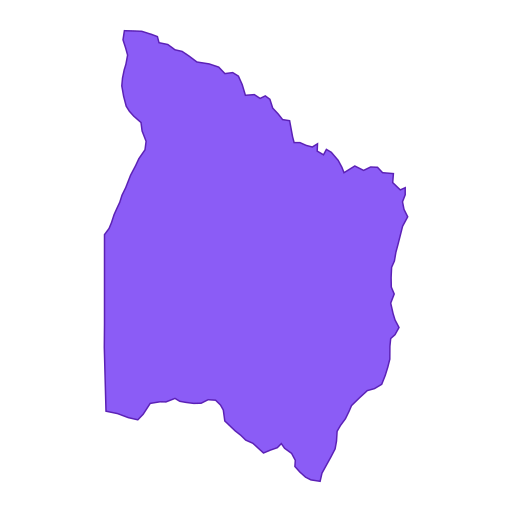 Santa Fé, Paraná, Brazil
{"feature_id": "56859067B25565622944484", "entity_name": "Santa Fé", "entity_type": "district", "adm_level": 2, "iso_a3": "BRA", "parent_name": "Brazil", "parent_adm1": "Paraná", "projection": "mercator", "projection_center": [-51.832, -23.059], "detail": "fine", "context": "isolated", "style": "filled", "palette": "violet", "viewbox_px": 512, "rotation_deg": 0, "n_neighbors": 0, "source": "geoboundaries", "source_scale": "gbopen_adm2", "svg_char_len": 1902}
<svg xmlns="http://www.w3.org/2000/svg" viewBox="0 0 512 512"><path d="M193.7,403.4L201.2,403.2L208.1,399.7L215.6,400.2L220.5,405.0L223.3,410.0L224.8,421.0L235.3,431.0L240.7,435.2L245.7,440.1L252.9,443.3L263.5,453.0L270.1,450.2L277.3,447.7L281.3,443.6L284.6,448.3L291.6,453.4L295.3,460.3L294.9,466.5L299.9,472.1L305.6,477.2L310.9,479.9L320.1,481.3L322.0,473.1L331.0,456.8L335.1,448.9L336.5,441.1L337.1,431.3L340.5,425.4L345.4,418.8L349.1,411.2L351.5,405.6L359.8,397.5L367.3,390.6L374.5,388.6L381.7,384.3L385.2,375.5L387.8,367.1L389.8,359.2L389.9,346.3L390.7,338.5L395.0,334.7L399.0,327.5L395.0,319.9L393.1,313.7L390.7,303.1L394.2,294.0L391.3,287.1L391.1,277.7L391.6,267.3L394.4,261.0L395.9,252.2L398.0,244.4L400.3,235.3L402.6,226.2L407.7,216.8L404.0,209.4L402.5,201.8L405.2,194.8L405.2,187.7L400.3,189.9L392.7,182.6L393.4,173.6L382.6,172.7L377.5,167.3L370.6,167.0L363.6,170.4L354.8,166.0L344.0,172.7L341.9,167.3L338.2,160.4L331.3,152.3L326.4,149.4L323.5,154.8L317.2,151.1L317.5,143.8L312.3,147.0L306.2,145.4L299.9,142.6L294.1,142.6L292.6,136.9L289.6,120.7L282.6,119.6L278.2,114.0L272.7,108.1L269.9,99.3L265.3,95.9L260.1,98.4L254.3,94.6L245.4,95.3L242.2,84.6L238.4,76.1L232.7,72.6L224.9,73.6L218.7,67.1L209.1,63.9L196.9,62.0L189.1,56.1L182.1,51.4L175.0,49.8L167.8,44.5L159.0,42.7L157.4,36.6L152.4,34.7L141.8,31.3L134.9,31.0L124.4,30.7L123.0,39.8L125.7,48.2L127.6,55.1L125.9,64.3L124.2,69.9L122.5,78.1L121.8,85.9L123.6,96.2L126.2,106.2L129.4,111.3L133.8,116.2L141.0,122.5L142.1,131.0L146.1,141.3L145.0,149.8L138.9,158.6L135.7,165.5L130.6,175.2L125.7,187.7L122.0,195.2L119.8,202.2L116.9,208.4L114.1,214.6L111.5,222.6L109.1,228.4L104.5,234.6L104.5,255.4L104.5,273.3L104.5,315.3L104.5,324.1L104.3,347.3L106.0,411.2L117.6,413.6L128.2,417.6L137.8,419.8L143.2,414.2L150.2,403.4L159.9,401.8L166.0,401.9L175.0,398.4L179.8,401.3L185.9,402.4L193.7,403.4Z" fill="#8b5cf6" stroke="#5b21b6" stroke-width="1.5"/></svg>